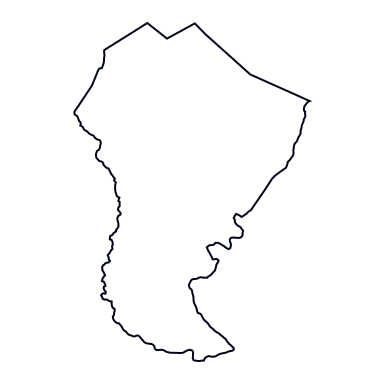 Maracás, Bahia, Brazil (Albers equal-area conic projection)
{"feature_id": "56859067B13324935934873", "entity_name": "Maracás", "entity_type": "district", "adm_level": 2, "iso_a3": "BRA", "parent_name": "Brazil", "parent_adm1": "Bahia", "projection": "albers", "projection_center": [-40.57, -13.536], "detail": "fine", "context": "isolated", "style": "outline", "palette": "ink", "viewbox_px": 384, "rotation_deg": 0, "n_neighbors": 0, "source": "geoboundaries", "source_scale": "gbopen_adm2", "svg_char_len": 4994}
<svg xmlns="http://www.w3.org/2000/svg" viewBox="0 0 384 384"><path d="M133.6,336.5L135.4,336.2L137.0,335.4L138.7,335.8L139.8,336.8L140.7,338.0L141.9,339.3L143.2,340.9L144.3,342.1L145.6,343.0L147.0,343.4L149.1,343.7L151.4,344.0L152.8,344.6L154.2,346.0L154.8,348.4L155.7,349.6L157.3,350.2L159.3,349.9L161.3,349.8L163.4,350.1L164.7,350.8L166.9,352.0L169.1,352.5L171.4,352.8L174.2,352.8L177.6,352.9L180.1,353.0L182.9,352.8L184.8,351.8L186.2,350.9L187.9,350.2L189.8,349.8L192.0,350.4L193.1,352.0L193.0,355.5L192.8,358.2L193.4,360.0L194.9,360.6L196.4,360.8L199.6,361.0L201.9,360.6L203.9,360.6L204.6,358.6L206.0,357.2L208.3,356.1L210.0,356.4L211.9,356.7L214.0,356.7L215.5,356.3L218.3,354.7L219.6,354.1L222.4,353.3L225.4,352.8L227.2,352.1L228.6,351.5L230.0,351.1L232.1,350.8L233.8,349.6L233.7,348.1L232.0,346.4L230.6,345.0L229.4,344.2L228.3,342.8L227.2,341.6L226.4,340.3L225.3,338.7L223.9,337.8L222.7,336.5L220.8,335.2L219.6,334.0L218.3,333.0L216.7,332.2L214.9,331.0L213.4,329.4L212.0,328.2L210.4,327.0L209.2,325.3L207.8,323.2L206.1,321.6L204.9,320.7L203.6,319.2L202.8,317.8L202.1,316.6L201.3,314.7L199.7,313.5L198.0,313.0L197.1,311.3L196.8,309.5L196.4,308.0L195.4,305.7L194.3,303.4L193.6,300.8L193.5,298.5L193.4,296.9L193.1,295.4L192.6,294.1L192.2,291.9L191.7,289.9L190.8,288.9L189.7,288.1L189.1,286.4L189.0,284.6L189.9,282.9L190.7,281.0L192.1,279.4L193.9,279.0L195.8,278.9L198.0,278.3L199.3,277.5L200.6,277.2L202.2,277.5L203.8,277.6L205.9,277.7L207.4,277.7L208.2,276.5L210.0,275.6L211.6,274.1L213.4,272.1L215.0,270.4L215.6,268.2L216.2,266.0L216.4,264.5L217.5,263.0L218.6,260.7L217.4,259.3L215.9,258.9L214.0,259.4L212.5,259.2L212.1,257.6L211.3,256.3L210.3,254.4L209.2,252.3L208.3,250.8L207.4,248.8L206.8,247.3L208.5,245.9L209.9,245.1L211.8,245.1L214.0,244.5L215.5,242.8L217.9,242.8L220.0,243.7L222.1,245.0L223.8,246.0L225.4,247.3L226.9,248.4L229.0,249.1L230.3,248.0L231.0,244.9L230.6,243.0L229.9,241.4L229.8,239.6L230.8,237.9L233.3,237.5L235.9,237.8L237.6,237.9L239.9,237.8L241.5,236.9L242.7,234.9L242.5,233.2L243.1,230.7L241.4,228.6L240.5,227.1L237.9,225.7L236.6,224.5L235.6,223.4L234.9,221.9L234.8,219.8L233.7,218.0L234.9,215.7L236.1,213.9L238.4,214.9L239.9,215.7L241.6,217.0L243.5,215.7L245.2,214.6L246.8,213.4L247.8,212.3L249.1,211.1L250.8,210.3L264.9,189.8L272.2,178.6L273.6,177.1L275.1,175.6L276.7,174.4L278.1,173.4L279.7,172.1L281.8,170.7L284.2,168.9L285.7,168.1L286.5,166.5L287.4,164.1L287.8,161.9L289.6,160.2L290.8,158.6L291.6,157.4L293.0,155.6L293.6,153.2L293.3,150.7L293.7,148.4L294.0,146.0L294.4,144.4L295.2,143.0L296.9,141.5L297.7,139.0L298.7,136.9L299.9,135.1L300.6,133.4L300.6,130.9L301.3,128.4L301.6,127.0L301.9,125.4L302.5,123.7L303.5,121.6L303.8,119.3L304.8,117.8L305.4,115.6L305.0,113.7L305.2,111.6L304.0,110.6L303.9,108.5L304.5,106.1L306.0,104.1L307.2,102.7L308.5,101.6L309.7,101.1L302.3,97.7L268.2,82.5L250.3,74.5L230.6,56.8L221.9,49.0L205.6,34.4L200.0,28.7L194.8,23.4L167.0,38.6L151.7,26.5L149.5,24.7L147.4,23.0L108.8,47.2L104.3,50.1L104.1,51.7L104.3,53.9L104.5,55.9L104.1,57.5L104.0,60.1L103.8,62.5L103.4,63.9L102.9,65.4L101.8,68.1L99.4,68.5L98.2,70.2L96.7,73.9L92.0,85.5L77.7,107.0L74.7,111.2L74.3,112.6L74.7,114.5L76.9,115.9L77.8,117.3L78.4,119.0L79.1,121.0L80.5,122.3L80.8,124.0L80.3,125.6L81.6,126.1L83.0,127.3L83.7,128.9L84.5,130.0L85.9,130.7L87.4,131.7L89.4,133.8L91.6,134.9L93.7,135.8L94.8,137.6L96.7,139.2L98.1,139.7L99.8,140.2L100.7,142.0L100.7,143.7L100.3,145.3L99.9,147.7L98.9,149.8L97.0,151.0L96.3,153.0L95.9,154.6L96.1,156.0L96.2,157.4L97.4,158.9L98.4,160.1L99.4,161.1L100.8,161.3L102.2,161.9L103.2,163.0L103.3,164.5L104.6,166.0L106.1,167.6L108.6,168.6L109.6,170.7L110.3,172.1L111.0,173.7L112.6,175.6L113.6,177.2L114.9,178.7L114.0,180.1L114.7,181.3L115.8,182.3L115.5,183.8L115.2,185.2L115.1,186.9L115.1,188.8L115.4,191.5L116.0,193.6L116.8,196.0L117.8,196.9L119.4,197.6L118.9,199.0L118.4,201.1L119.7,202.0L119.6,204.1L119.6,206.3L118.3,207.7L118.0,210.0L119.6,211.7L120.8,213.7L119.8,215.2L118.3,215.8L117.3,218.1L117.5,220.2L118.2,222.6L118.5,224.9L118.2,227.3L117.0,228.8L116.1,230.0L116.0,231.5L114.6,232.3L113.4,233.3L112.4,235.0L110.3,235.9L109.8,237.7L109.8,239.4L111.5,239.8L112.4,241.7L112.9,244.2L112.3,245.5L112.1,247.0L112.5,249.0L111.2,250.1L110.1,252.1L109.2,253.6L107.7,255.1L108.8,257.8L108.7,259.4L110.0,260.8L108.8,262.3L106.9,262.8L105.5,263.1L104.3,264.6L103.0,265.4L102.2,266.8L102.3,268.5L102.4,270.4L103.3,271.5L104.1,273.3L105.1,275.3L103.7,276.7L102.4,279.0L102.0,281.2L103.7,281.7L104.6,283.3L105.3,284.5L105.3,286.1L104.0,286.5L103.6,288.0L104.3,290.1L105.9,292.0L105.4,293.7L103.5,293.3L102.1,293.9L101.1,295.4L102.3,297.2L102.6,298.7L104.3,299.5L106.4,299.5L108.0,300.2L109.4,301.1L111.7,301.5L111.6,303.3L111.8,304.7L112.1,306.6L113.2,308.2L114.6,308.8L114.7,310.6L114.1,312.8L113.9,315.0L112.8,316.8L113.3,319.2L114.4,320.9L115.5,322.0L117.1,323.2L119.0,323.3L120.5,325.2L121.6,326.5L122.2,327.8L123.0,329.2L123.9,330.3L125.7,331.4L127.4,333.5L129.0,334.8L131.1,335.4L133.6,336.5Z" fill="none" stroke="#020617" stroke-width="2"/></svg>